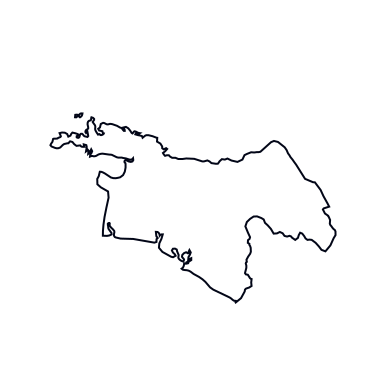 Waikato, Robinson projection, rotated 295°
{"feature_id": "NZL-5468", "entity_name": "Waikato", "entity_type": "Regional Council", "adm_level": 1, "iso_a3": "NZL", "parent_name": "New Zealand", "parent_adm1": "", "projection": "robinson", "projection_center": [175.468, -37.886], "detail": "fine", "context": "isolated", "style": "outline", "palette": "ink", "viewbox_px": 384, "rotation_deg": 295, "n_neighbors": 0, "source": "natural_earth", "source_scale": "10m", "svg_char_len": 6007}
<svg xmlns="http://www.w3.org/2000/svg" viewBox="0 0 384 384"><g transform="rotate(295 192 192)"><path d="M110.3,278.3L110.5,278.0L111.8,277.6L111.2,275.8L111.5,274.2L112.0,272.6L112.3,270.8L112.5,252.6L113.2,248.7L116.2,242.1L117.3,238.4L118.0,234.3L118.4,228.1L119.2,224.4L119.3,222.2L118.9,220.3L118.2,218.4L117.7,216.6L118.1,215.0L119.5,215.7L121.1,215.8L122.7,215.5L124.1,215.0L124.2,216.2L124.7,217.2L125.3,218.0L125.8,218.6L126.4,218.6L126.4,217.1L127.7,218.0L128.8,219.4L130.0,220.1L131.7,219.3L131.1,218.8L129.3,217.1L131.6,216.3L134.3,216.6L136.7,216.4L138.3,214.2L136.6,214.2L136.0,214.4L135.3,215.0L134.7,214.2L134.9,212.1L133.2,210.6L130.8,209.8L129.0,210.3L128.4,211.5L128.0,212.5L127.5,213.3L126.1,213.6L125.2,212.9L125.1,211.4L125.4,209.7L125.8,208.5L126.6,207.4L127.3,207.1L128.2,206.9L129.3,206.5L132.0,203.5L133.4,202.5L133.5,200.5L132.5,198.7L130.5,198.5L129.1,200.3L128.3,202.8L127.3,204.1L124.9,202.4L124.5,200.5L125.2,190.5L127.5,185.6L131.6,184.1L136.5,184.1L141.2,183.4L140.8,182.5L140.3,181.8L139.6,181.4L138.8,181.2L140.0,180.3L140.9,179.1L141.2,177.7L140.6,176.1L137.0,178.3L136.6,178.7L136.2,179.9L135.8,180.4L135.5,180.3L134.9,180.0L134.3,179.8L131.7,180.9L130.2,179.3L124.6,158.6L119.6,147.0L118.6,142.2L118.6,141.0L119.4,139.8L120.4,139.2L122.9,138.6L123.9,137.9L124.8,136.0L125.6,133.6L126.7,131.5L128.8,130.7L129.0,130.3L128.6,129.5L127.7,129.1L126.5,129.7L125.6,130.4L123.9,131.4L123.2,132.1L120.8,136.4L119.5,137.0L117.6,135.4L116.3,133.5L114.7,129.7L119.2,127.7L124.9,125.6L132.4,123.3L141.8,121.0L151.6,118.8L157.0,115.7L157.7,107.4L159.0,103.0L163.8,100.6L166.9,100.8L171.4,99.9L171.9,101.1L172.1,102.6L172.0,105.1L170.9,112.4L171.3,114.8L172.3,117.1L173.7,119.1L175.0,120.7L178.2,122.4L182.0,122.5L186.0,121.5L189.4,119.9L190.1,119.3L190.3,118.5L190.8,118.0L192.0,117.8L192.7,118.3L193.0,119.4L192.9,121.7L193.4,123.8L194.5,125.1L196.1,125.3L197.7,124.3L196.3,123.9L195.4,122.8L194.9,121.3L194.5,117.9L193.7,115.1L193.5,113.8L192.0,110.6L191.7,109.1L191.8,103.6L191.4,102.3L191.0,101.4L189.0,94.9L188.4,93.7L187.5,92.5L186.5,91.4L184.3,89.9L183.4,88.9L182.8,87.8L182.6,86.7L182.1,85.6L181.0,84.6L182.8,84.0L184.9,84.4L186.8,84.3L188.1,82.6L185.3,82.6L183.9,82.4L182.7,81.8L183.8,81.4L184.9,81.1L185.8,80.7L186.3,79.6L185.6,79.6L184.0,78.8L188.3,77.6L189.8,76.4L189.4,73.8L188.0,74.7L187.5,75.3L186.9,74.2L186.5,73.1L186.5,72.1L187.0,71.0L185.0,67.8L185.6,65.0L186.8,62.5L186.4,60.1L185.6,59.8L184.6,59.6L183.8,59.2L183.4,58.3L183.1,58.0L181.5,55.9L180.0,55.0L176.7,53.8L175.3,52.5L174.5,51.1L174.1,49.4L173.9,45.4L174.6,43.9L176.3,43.9L178.5,44.3L181.4,43.7L181.9,44.2L182.3,45.0L182.8,46.0L183.2,46.8L183.4,47.1L183.7,47.5L184.4,47.8L186.2,49.5L187.1,49.6L189.4,47.1L191.0,49.1L192.0,51.7L191.8,54.4L189.9,56.5L191.7,58.0L193.7,58.0L195.3,58.5L195.9,61.3L196.2,63.9L195.9,65.3L195.0,64.8L193.9,63.9L193.0,64.2L192.7,65.1L193.2,66.3L194.2,66.7L196.8,66.3L197.7,66.6L198.3,67.8L198.0,68.9L197.4,69.9L197.1,71.0L197.7,74.0L198.9,74.3L202.5,71.7L201.2,71.1L200.7,71.0L201.3,70.0L202.4,69.7L203.6,69.9L204.6,70.6L205.6,71.1L206.9,70.5L209.1,68.8L210.6,68.2L211.9,68.1L213.0,68.6L214.2,69.9L215.1,70.0L216.3,69.4L217.2,69.3L217.4,71.0L216.9,72.4L216.0,72.8L213.5,72.4L213.1,73.0L211.4,76.0L210.3,76.8L208.1,77.6L207.0,78.5L205.6,80.4L204.3,82.6L205.3,83.4L205.3,84.1L204.9,84.9L205.2,85.7L206.1,86.7L207.2,87.3L207.9,87.3L207.8,86.2L209.2,85.1L208.5,81.8L209.6,80.3L211.6,81.3L215.1,80.6L217.1,82.2L217.4,83.3L217.3,86.0L217.7,87.2L219.1,88.9L219.4,89.7L219.8,91.1L220.3,96.1L220.0,99.5L220.1,100.1L220.2,101.1L219.7,102.2L219.0,103.4L218.6,104.5L219.0,105.2L220.0,104.6L221.0,103.5L221.5,102.6L223.1,104.6L222.8,107.3L221.5,110.0L220.0,112.4L219.9,113.3L220.8,113.6L222.0,113.8L222.7,114.2L223.0,115.5L222.9,118.5L223.3,119.9L222.5,119.4L221.8,118.5L221.3,117.5L221.0,116.3L220.3,116.3L220.7,119.0L221.3,121.3L221.5,123.1L220.3,124.3L223.2,125.7L224.2,126.6L225.1,128.6L225.9,132.7L226.2,136.9L226.4,137.6L222.9,139.0L222.5,142.9L220.7,145.7L219.1,146.5L218.7,148.3L220.8,150.0L220.5,151.3L217.7,150.5L215.1,149.2L214.1,150.6L213.4,152.3L214.6,153.6L215.5,155.5L214.8,157.2L214.6,159.6L216.0,162.5L216.1,165.6L217.8,169.3L220.0,172.7L223.0,180.0L224.1,188.5L224.7,189.8L227.1,192.6L227.1,195.0L226.4,197.4L227.7,201.8L228.6,203.5L230.0,203.8L231.5,204.0L234.4,205.2L235.3,208.1L237.3,210.0L237.2,214.5L238.5,220.5L242.7,224.0L247.6,224.0L249.7,225.7L253.0,228.8L254.1,231.7L255.6,234.0L256.4,235.7L257.4,237.0L270.6,242.6L272.9,244.7L273.7,248.8L271.7,257.1L270.0,260.0L267.6,262.7L266.4,264.9L265.3,266.4L263.8,269.5L262.5,271.7L260.8,274.8L251.7,288.9L252.0,297.5L252.7,299.3L248.2,307.7L243.8,312.9L238.8,319.8L236.7,322.5L232.8,318.3L231.5,318.0L228.7,321.6L228.0,325.5L227.5,325.8L227.3,326.4L225.0,329.0L221.5,330.3L220.5,331.4L219.9,332.8L219.0,334.3L218.3,335.8L217.9,337.5L216.9,338.7L213.6,340.3L210.0,339.9L202.1,340.0L194.6,338.0L194.3,333.8L196.3,330.0L198.2,325.5L199.2,320.7L198.5,318.6L197.4,316.9L197.9,314.5L199.4,312.4L200.9,309.5L200.8,307.2L198.0,307.0L195.2,307.4L192.2,305.8L192.9,301.9L193.6,300.6L193.5,298.9L191.8,297.0L191.3,294.4L192.9,291.6L192.9,288.5L190.4,286.5L188.8,283.6L191.9,279.1L193.8,274.7L194.9,271.2L197.4,268.6L197.7,265.8L197.6,264.4L197.4,261.3L195.8,258.2L192.2,256.0L188.0,254.4L183.4,254.9L178.8,259.9L175.6,263.7L173.8,264.0L172.0,263.1L169.5,264.1L169.3,265.9L168.4,266.3L168.0,266.8L167.6,267.5L166.2,268.8L162.7,270.6L160.6,270.8L157.2,270.2L153.7,270.0L152.7,270.6L151.9,271.2L151.0,270.8L150.0,270.9L148.2,272.4L146.2,273.3L140.9,274.3L140.1,275.6L140.6,277.6L138.4,281.0L138.2,281.9L138.3,282.8L135.0,283.9L132.0,285.7L129.6,284.2L128.0,282.5L127.0,281.6L125.8,281.3L124.1,281.8L116.5,281.3L110.3,278.3ZM216.9,59.5L215.8,59.8L214.6,59.9L214.3,59.8L213.6,59.6L212.5,59.1L212.3,58.8L212.4,58.4L212.8,57.6L212.8,57.3L212.8,56.9L212.6,56.5L212.1,56.1L211.4,55.9L210.7,55.5L210.3,54.4L212.6,53.6L213.2,54.5L214.2,57.2L215.1,57.4L215.9,57.7L216.4,58.4L216.9,59.5Z" fill="none" stroke="#020617" stroke-width="2"/></g></svg>